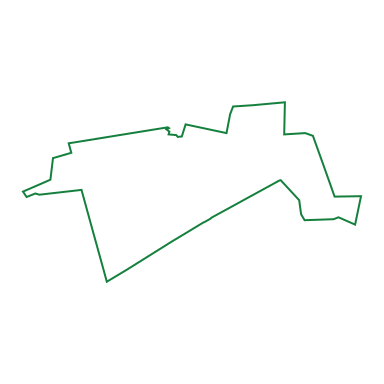 the district of Aconchi, Sonora, Mexico
{"feature_id": "50627088B4605568990121", "entity_name": "Aconchi", "entity_type": "district", "adm_level": 2, "iso_a3": "MEX", "parent_name": "Mexico", "parent_adm1": "Sonora", "projection": "natural_earth1", "projection_center": [-110.211, 29.784], "detail": "fine", "context": "isolated", "style": "outline", "palette": "green", "viewbox_px": 384, "rotation_deg": 0, "n_neighbors": 0, "source": "geoboundaries", "source_scale": "gbopen_adm2", "svg_char_len": 801}
<svg xmlns="http://www.w3.org/2000/svg" viewBox="0 0 384 384"><path d="M102.9,267.4L106.8,281.7L127.0,269.6L171.2,241.9L203.2,222.6L205.0,221.8L210.6,218.6L211.3,217.8L211.5,217.7L216.0,215.2L279.4,180.5L280.7,180.2L299.2,200.2L301.1,214.3L304.6,220.2L333.6,219.2L338.4,217.3L338.5,217.3L355.1,224.6L361.0,196.2L334.6,196.6L323.5,165.3L312.9,135.8L305.2,133.1L284.2,134.4L284.9,102.3L253.0,105.2L233.1,106.5L230.1,114.3L229.8,115.9L226.5,133.1L187.5,124.8L187.2,124.8L187.1,124.7L186.9,124.7L185.6,124.4L181.8,136.5L179.6,136.7L178.9,136.8L177.7,136.9L176.3,135.1L168.6,134.4L169.4,131.6L166.4,129.3L168.9,128.1L167.8,127.3L68.7,143.3L71.3,152.8L53.0,158.1L50.4,179.7L23.0,191.6L26.6,197.0L35.4,193.5L39.4,194.7L81.5,189.9L91.9,227.7L102.9,267.4Z" fill="none" stroke="#15803d" stroke-width="2"/></svg>